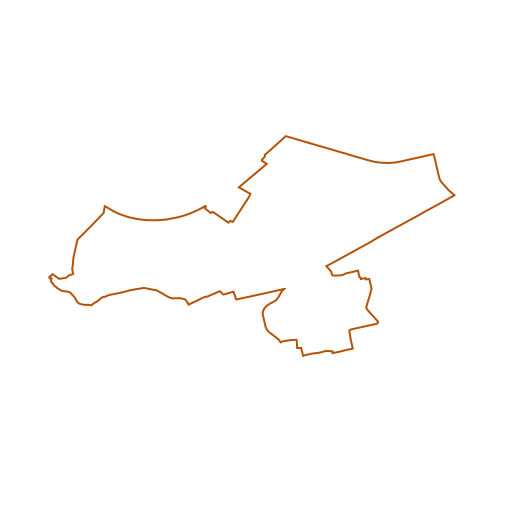 outline of Ikeja, Lagos, Nigeria, rotated 258°
{"feature_id": "59680162B78935719106444", "entity_name": "Ikeja", "entity_type": "district", "adm_level": 2, "iso_a3": "NGA", "parent_name": "Nigeria", "parent_adm1": "Lagos", "projection": "equal_earth", "projection_center": [3.342, 6.607], "detail": "fine", "context": "isolated", "style": "outline", "palette": "amber", "viewbox_px": 512, "rotation_deg": 258, "n_neighbors": 0, "source": "geoboundaries", "source_scale": "gbopen_adm2", "svg_char_len": 3809}
<svg xmlns="http://www.w3.org/2000/svg" viewBox="0 0 512 512"><g transform="rotate(258 256 256)"><path d="M318.8,450.8L318.7,445.8L318.5,430.6L318.5,425.1L318.4,418.4L318.5,412.3L319.3,405.4L321.1,398.4L321.4,397.4L322.7,393.5L323.8,390.8L325.8,386.7L333.5,372.2L336.5,366.8L337.7,364.9L337.8,364.4L340.6,359.1L343.5,353.8L355.3,331.8L366.7,310.7L367.0,310.0L356.1,291.1L353.1,285.6L351.5,285.4L350.5,284.2L349.0,281.8L347.8,281.7L343.9,285.7L332.2,263.8L326.7,253.5L317.9,263.5L315.2,261.4L294.2,240.4L295.7,238.2L294.3,236.0L308.1,223.0L307.6,220.5L313.3,215.9L315.0,217.3L315.4,216.9L313.6,210.8L312.5,206.3L311.2,199.7L310.7,195.7L310.4,193.2L310.1,186.0L310.3,178.4L310.3,176.4L311.2,168.8L311.8,165.6L312.1,164.0L313.6,157.2L315.9,150.1L317.6,145.8L320.8,138.8L325.2,131.5L329.2,126.2L334.0,121.0L336.1,118.4L329.8,115.9L321.5,103.8L312.0,89.2L310.6,87.0L309.3,84.9L299.4,80.3L292.6,77.2L284.6,74.7L281.5,73.5L276.5,73.4L275.8,68.7L274.2,65.7L274.6,58.6L280.5,53.3L278.4,49.5L278.0,49.3L277.7,49.5L278.0,49.7L276.4,51.4L275.3,50.5L272.9,50.4L271.8,51.3L271.0,51.5L270.4,51.8L269.6,52.4L268.7,52.6L267.2,54.0L265.5,55.3L264.6,56.3L263.5,57.5L262.6,58.4L262.0,59.4L260.5,63.8L259.9,65.2L259.2,66.4L257.6,67.5L255.8,68.5L254.2,69.5L253.1,70.0L251.5,70.5L250.0,71.1L248.0,71.7L246.9,72.6L245.9,73.6L245.2,75.0L244.4,76.7L243.7,78.5L243.2,81.8L242.3,83.7L242.0,84.8L243.7,87.9L244.5,91.1L246.6,95.1L247.2,96.1L247.7,97.9L247.5,100.1L247.7,100.8L248.3,103.5L248.4,106.2L248.3,109.1L248.2,115.0L248.4,120.6L248.4,121.1L248.6,124.7L248.6,128.0L248.5,131.6L248.3,134.9L248.2,137.5L248.1,139.3L247.6,141.0L246.6,143.2L245.9,144.9L244.0,149.2L244.1,149.7L243.1,151.5L240.1,155.2L236.9,158.6L234.9,160.9L233.3,162.9L231.9,165.6L231.2,169.4L230.5,173.0L229.8,174.6L229.0,176.2L228.6,177.0L228.4,177.5L227.9,178.0L227.0,178.4L224.6,179.3L223.5,179.7L222.4,180.0L222.9,181.9L225.1,190.9L226.1,195.0L226.4,196.1L226.5,198.7L226.5,200.2L228.5,210.2L229.1,213.2L228.9,213.6L227.3,214.6L225.4,215.6L225.1,216.0L225.1,216.7L225.7,225.5L225.8,226.6L225.4,226.6L220.5,227.3L218.4,227.3L217.6,227.7L217.6,232.5L217.6,239.1L217.7,261.7L217.9,274.2L217.9,275.5L218.0,276.1L218.0,276.3L217.9,276.7L216.2,274.0L214.7,272.6L211.2,269.5L209.2,267.3L208.3,265.7L207.4,263.1L206.6,260.0L205.0,256.0L202.8,253.1L200.5,251.4L198.5,250.6L196.7,250.4L194.6,250.5L188.7,250.6L184.5,250.7L182.3,251.3L180.4,252.0L178.9,252.9L176.8,254.7L172.6,258.3L169.8,260.6L168.2,261.5L166.4,262.1L167.0,265.3L166.8,267.3L166.7,269.2L166.4,273.3L166.0,275.9L165.6,278.1L164.4,278.2L162.2,277.9L157.4,277.1L156.7,281.1L155.3,281.0L152.4,281.3L149.8,281.2L148.5,281.3L148.7,282.5L148.8,284.9L148.9,289.6L148.6,293.6L148.3,296.3L148.3,300.3L148.5,303.5L148.8,304.2L148.6,304.4L148.1,306.4L146.9,311.0L145.2,310.6L145.1,312.8L145.0,316.2L145.2,322.3L145.3,324.3L145.3,330.5L145.4,331.4L155.6,331.3L160.0,331.6L163.4,331.7L164.1,332.5L164.3,333.1L164.4,335.1L164.5,342.9L164.6,359.6L164.9,360.8L165.9,361.6L166.5,361.7L171.5,358.8L179.1,354.4L181.2,353.3L182.9,353.2L187.7,355.7L192.7,358.6L197.9,361.1L200.2,362.3L203.9,362.2L210.0,362.0L210.2,358.7L211.6,358.6L211.7,353.7L213.3,353.8L213.8,352.8L217.6,352.7L220.4,352.8L220.5,351.9L220.5,351.0L220.4,350.1L220.3,344.2L220.3,340.6L220.0,339.2L219.7,338.2L219.4,336.6L219.4,335.7L219.9,332.5L220.2,330.6L220.4,329.2L220.9,327.5L221.2,326.7L222.9,326.4L225.1,326.3L231.4,322.8L232.7,327.2L237.5,343.2L246.3,372.3L247.2,374.7L248.6,378.6L249.5,381.7L250.1,383.7L250.6,385.4L250.8,386.1L251.1,386.9L251.3,387.7L251.5,388.2L254.2,397.3L258.3,410.9L261.4,421.4L262.8,426.0L264.0,429.4L267.3,440.7L271.5,454.3L272.8,458.5L273.9,461.9L274.2,462.7L274.8,462.3L280.3,458.1L286.5,454.6L290.1,452.5L293.1,451.6L298.2,451.4L310.5,451.2L317.1,451.0L318.8,450.8Z" fill="none" stroke="#b45309" stroke-width="2"/></g></svg>